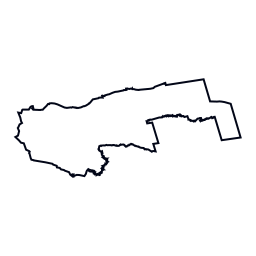 outline of Valles pag., Vecumnieku, Latvia
{"feature_id": "27541924B9104709044918", "entity_name": "Valles pag.", "entity_type": "district", "adm_level": 2, "iso_a3": "LVA", "parent_name": "Latvia", "parent_adm1": "Vecumnieku", "projection": "natural_earth1", "projection_center": [24.836, 56.515], "detail": "fine", "context": "isolated", "style": "outline", "palette": "ink", "viewbox_px": 256, "rotation_deg": 0, "n_neighbors": 0, "source": "geoboundaries", "source_scale": "gbopen_adm2", "svg_char_len": 5811}
<svg xmlns="http://www.w3.org/2000/svg" viewBox="0 0 256 256"><path d="M240.6,137.5L230.7,103.8L224.6,102.1L221.7,101.6L219.6,101.4L217.0,101.6L210.1,101.4L203.6,79.3L165.9,85.1L165.3,82.9L164.4,83.2L164.6,83.6L164.3,83.6L164.3,83.8L163.0,83.8L154.8,86.8L153.4,88.1L150.1,88.8L139.1,89.8L138.9,90.0L135.8,89.7L133.8,89.1L132.4,89.1L132.2,88.5L132.0,88.8L130.8,88.6L129.3,89.0L128.7,88.8L127.5,88.8L127.3,88.5L126.1,88.6L126.4,89.9L125.2,90.1L123.9,90.0L123.5,90.4L117.8,91.6L115.1,91.9L112.5,92.8L109.1,94.3L107.9,94.5L104.9,95.4L104.6,96.1L103.7,96.0L102.4,95.6L102.1,95.7L102.2,96.0L102.7,97.6L101.0,97.5L98.9,97.7L98.5,98.2L92.8,99.4L90.0,102.8L89.1,103.3L89.1,103.6L86.1,105.5L84.4,106.2L83.6,106.2L80.9,107.4L78.0,108.0L75.5,107.5L74.3,107.4L74.4,107.5L72.5,107.1L71.6,107.6L70.7,107.4L66.9,107.9L64.5,107.5L57.5,104.4L54.6,103.5L51.6,103.2L49.5,103.4L49.2,104.1L48.0,104.0L46.6,105.8L43.8,108.5L42.8,109.7L40.9,109.8L40.4,110.0L33.2,109.7L32.2,108.5L33.3,108.1L32.8,106.1L31.5,106.3L30.5,106.9L28.8,109.6L22.7,109.6L22.3,109.8L21.2,113.1L18.3,112.6L20.3,117.6L21.1,121.3L22.0,123.0L19.6,124.4L18.3,127.3L17.8,128.0L19.1,131.1L18.0,135.6L15.4,137.0L19.0,140.4L21.0,142.7L23.8,143.3L26.1,149.7L29.3,151.2L29.7,151.7L29.1,153.0L29.4,153.2L30.7,158.1L31.4,159.7L33.7,160.2L33.8,160.4L45.4,162.3L52.5,163.8L53.1,164.6L56.7,165.8L56.9,167.4L59.7,167.9L61.0,169.4L63.9,170.0L64.9,170.7L69.1,172.2L70.2,174.6L72.9,176.7L73.6,176.6L73.6,176.2L72.4,175.8L71.4,175.1L71.4,174.8L72.4,174.3L73.3,174.4L73.1,174.7L74.4,175.8L76.7,174.9L79.2,175.0L84.4,176.1L85.9,173.8L86.5,171.6L86.9,170.7L88.3,169.1L89.0,169.5L88.9,169.8L89.7,169.9L89.3,170.5L89.0,170.4L88.8,169.9L88.4,170.0L88.5,170.4L89.5,171.3L90.9,171.6L92.1,171.6L93.2,171.2L91.8,170.6L92.0,170.3L94.1,170.8L94.3,171.0L94.2,171.2L93.7,171.3L94.6,171.8L93.7,172.1L93.6,172.4L94.4,172.6L94.5,172.9L94.2,173.3L95.0,173.4L95.0,173.7L94.4,174.0L95.1,174.6L96.0,174.2L96.7,174.6L97.0,174.0L97.4,173.9L97.6,174.1L97.3,174.8L98.4,174.3L99.2,175.1L99.7,175.0L99.7,174.8L99.2,174.4L99.1,174.0L100.5,173.6L100.8,173.3L99.4,173.3L99.3,173.1L100.4,172.4L100.7,172.9L101.4,172.9L101.2,171.9L101.8,171.7L102.0,170.2L102.2,170.4L102.3,170.5L103.0,170.0L102.3,169.8L102.2,169.6L103.3,169.5L103.0,169.3L102.9,168.9L102.3,169.0L101.8,168.5L102.4,168.3L102.1,167.8L102.4,167.4L103.1,168.0L103.5,167.9L103.5,167.3L102.9,166.9L103.1,166.3L102.8,166.1L103.0,165.9L103.5,166.1L103.9,165.9L103.5,165.7L104.0,165.6L104.0,165.3L104.1,165.1L105.0,164.5L105.3,164.1L105.3,163.5L106.2,163.6L106.4,163.9L107.1,162.9L106.7,162.8L106.7,162.4L107.2,162.6L107.4,162.2L106.9,162.2L106.7,161.9L107.3,161.6L106.2,161.1L106.9,161.1L106.3,160.6L106.4,160.4L107.0,160.6L107.3,160.1L107.2,159.6L106.6,159.9L106.4,159.7L106.6,159.3L107.2,159.5L106.6,159.0L106.9,158.7L106.0,158.8L106.2,158.5L105.8,158.4L105.5,158.7L105.6,159.0L105.3,159.1L105.1,158.9L105.2,158.6L104.0,158.5L103.8,158.3L104.8,158.2L105.1,158.2L104.0,157.7L103.7,157.9L103.2,157.6L103.9,157.4L103.3,157.0L103.6,156.9L103.5,156.7L103.8,156.2L101.9,154.9L101.6,153.1L102.4,153.0L102.0,151.2L101.0,151.7L99.8,150.9L99.6,150.5L99.1,150.4L98.8,149.8L98.7,149.6L99.0,149.6L98.9,148.2L99.3,146.2L100.3,145.8L100.8,145.9L100.8,145.6L103.9,145.4L104.9,145.5L106.4,144.9L107.2,145.2L110.6,145.1L111.4,145.4L112.1,145.1L112.8,145.3L113.2,145.0L114.0,145.0L115.2,145.5L116.0,145.4L115.9,145.7L116.2,145.8L118.3,145.9L119.4,145.6L119.8,145.0L120.6,144.9L120.7,144.5L121.3,144.7L123.4,144.5L124.2,144.8L124.7,145.3L124.6,145.5L125.9,146.7L126.7,146.5L126.8,146.1L127.4,145.9L128.1,145.3L128.7,145.5L129.5,144.9L129.5,144.6L130.8,144.4L131.0,143.9L131.4,143.9L132.1,144.1L132.4,144.5L132.9,144.4L134.8,145.8L135.5,145.7L136.1,146.2L136.5,146.1L138.4,146.8L138.7,146.6L139.5,147.3L141.2,147.8L143.7,148.0L144.5,149.2L144.8,149.0L145.4,149.3L145.9,149.1L146.6,149.5L147.0,149.3L148.4,149.5L151.8,151.7L152.2,151.2L153.9,151.0L155.0,151.1L155.0,151.3L155.6,151.4L153.3,143.9L158.4,143.1L152.2,122.6L147.2,123.4L146.6,121.2L147.1,121.2L148.1,120.8L148.9,120.7L149.5,120.2L149.5,119.9L149.3,119.8L149.6,119.7L150.6,119.6L151.6,119.7L159.2,117.5L162.1,117.4L162.3,117.3L162.2,116.8L162.7,116.3L162.9,116.7L163.2,116.7L163.5,116.4L164.1,116.4L164.5,116.1L164.8,116.4L165.5,115.8L166.2,116.2L166.3,115.8L166.5,115.9L166.7,115.7L166.8,115.9L167.5,116.0L167.4,115.7L167.6,115.5L167.8,115.8L168.2,115.5L168.4,115.9L168.7,115.5L169.3,115.7L169.6,115.5L169.7,115.9L170.1,115.7L170.5,116.0L170.9,115.6L171.3,115.5L171.1,115.8L171.6,116.0L172.2,115.4L172.4,115.8L172.8,115.9L172.9,116.1L173.2,115.8L173.4,115.9L173.4,116.1L173.7,115.9L174.2,116.1L174.5,115.9L175.2,116.0L174.9,116.2L175.0,116.4L175.6,116.5L175.7,116.2L176.9,116.7L177.2,116.0L176.5,115.8L177.0,115.4L177.5,115.4L176.9,115.2L177.2,114.9L177.8,115.0L178.8,114.7L178.7,114.9L178.9,115.0L179.5,115.5L179.6,115.1L180.2,115.1L180.4,114.9L180.9,115.1L181.1,115.6L180.9,116.0L181.0,116.1L181.4,116.3L181.1,116.0L181.5,115.8L181.8,115.9L181.8,116.3L183.4,116.0L183.9,116.4L183.9,116.6L184.4,117.0L187.4,116.2L188.4,119.0L188.4,119.6L188.6,119.6L188.6,119.1L188.9,119.3L188.8,119.6L190.2,119.9L190.1,120.3L190.2,120.6L190.9,121.0L191.4,120.6L192.6,120.9L193.3,120.8L193.1,121.1L193.6,121.5L194.4,121.2L195.0,121.4L197.5,118.7L198.4,118.7L199.5,118.1L201.0,118.0L201.2,118.7L201.8,119.7L201.1,119.8L200.0,120.5L200.2,120.8L200.4,120.3L200.6,120.6L201.2,120.2L201.5,120.5L201.3,120.6L201.2,120.8L201.4,120.9L202.2,120.7L202.7,120.6L202.8,120.5L202.5,120.2L203.0,120.0L204.5,120.0L204.5,119.6L205.5,119.3L205.3,119.1L206.9,118.5L206.7,118.5L206.7,118.3L208.2,118.3L208.3,118.7L209.7,118.1L211.3,116.9L211.5,116.9L211.8,117.3L211.8,117.7L212.1,118.2L212.5,118.1L212.5,117.8L213.1,117.8L213.5,117.5L213.3,117.3L213.9,116.9L214.7,116.8L221.7,140.2L240.6,137.5Z" fill="none" stroke="#020617" stroke-width="2"/></svg>